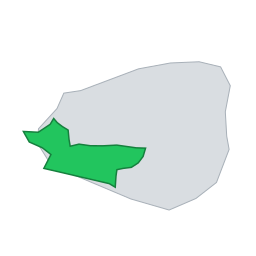 location of Canillo within Andorra, rotated 188°
{"feature_id": "AND-4879", "entity_name": "Canillo", "entity_type": "state/province", "adm_level": 1, "iso_a3": "AND", "parent_name": "Andorra", "parent_adm1": "", "projection": "robinson", "projection_center": [1.655, 42.581], "detail": "fine", "context": "in_parent", "style": "filled", "palette": "green", "viewbox_px": 256, "rotation_deg": 188, "n_neighbors": 0, "source": "natural_earth", "source_scale": "10m", "svg_char_len": 795}
<svg xmlns="http://www.w3.org/2000/svg" viewBox="0 0 256 256"><g transform="rotate(188 128 128)"><path d="M196.4,153.6L180.2,158.4L125.9,188.0L95.0,198.3L66.8,203.5L44.8,201.4L32.6,184.1L33.9,157.6L29.1,133.6L24.9,120.9L32.8,86.4L50.9,67.7L75.9,52.5L115.2,58.1L198.6,80.2L216.0,100.9L216.5,114.8L201.0,137.4L196.4,153.6Z" fill="#d9dde1" stroke="#a8b0b8" stroke-width="1"/><path d="M132.4,67.6L138.8,70.3L205.7,76.3L200.6,91.0L210.1,96.5L223.8,100.4L228.8,106.9L231.1,110.0L216.3,111.3L205.6,120.8L202.9,127.1L198.9,123.5L193.2,120.3L187.0,117.6L184.8,108.4L182.7,101.9L174.3,105.2L162.9,105.2L150.7,106.8L136.7,109.5L125.3,109.5L117.0,109.5L107.8,110.5L109.1,101.9L113.0,94.9L119.2,89.5L127.0,87.4L133.2,85.2L133.2,78.7L132.4,67.6Z" fill="#22c55e" stroke="#15803d" stroke-width="1.5"/></g></svg>